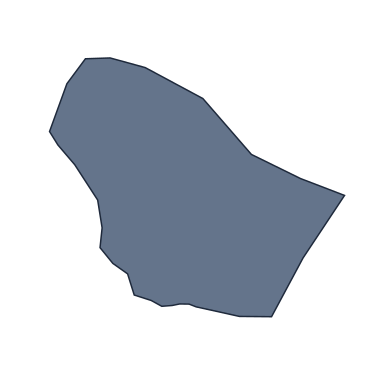 SVG path tracing the border of Mežica, rotated 190°
{"feature_id": "SVN-970", "entity_name": "Mežica", "entity_type": "Municipality", "adm_level": 1, "iso_a3": "SVN", "parent_name": "Slovenia", "parent_adm1": "", "projection": "mercator", "projection_center": [14.856, 46.525], "detail": "fine", "context": "isolated", "style": "filled", "palette": "slate", "viewbox_px": 384, "rotation_deg": 190, "n_neighbors": 0, "source": "natural_earth", "source_scale": "10m", "svg_char_len": 481}
<svg xmlns="http://www.w3.org/2000/svg" viewBox="0 0 384 384"><g transform="rotate(190 192 192)"><path d="M41.2,215.1L71.2,146.3L92.0,83.0L123.7,77.7L167.9,79.6L175.4,81.1L184.7,79.6L191.8,76.8L201.9,74.2L213.4,78.1L231.0,80.5L241.2,100.2L257.5,107.9L272.9,121.2L274.3,141.1L283.5,167.7L312.2,198.5L332.2,215.0L342.8,226.8L334.0,276.9L320.1,304.7L295.9,309.8L259.7,306.4L197.5,285.9L140.0,239.3L87.5,224.1L41.2,215.1Z" fill="#64748b" stroke="#1e293b" stroke-width="1.5"/></g></svg>